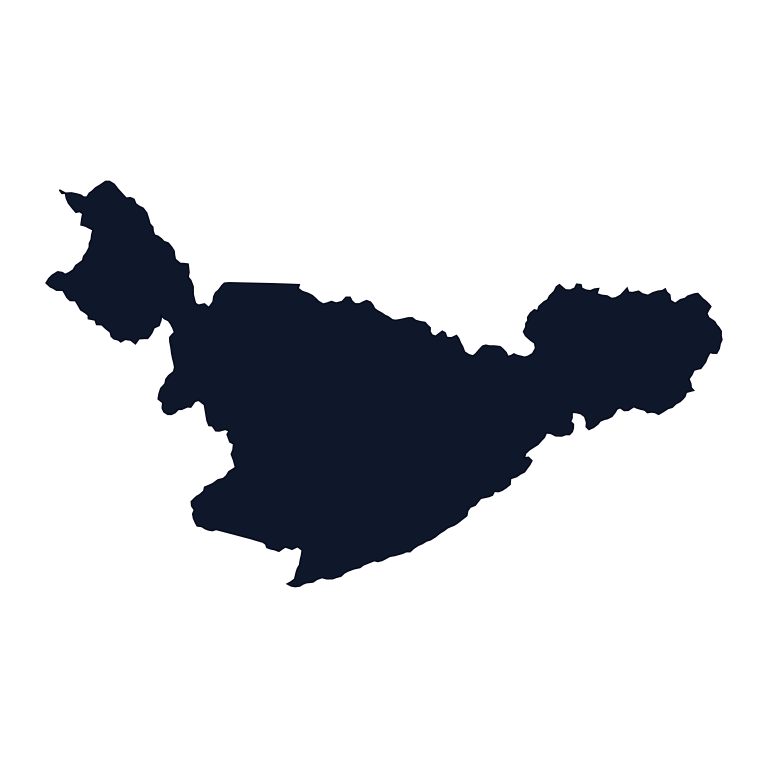 the district of Apiaí, São Paulo, Brazil
{"feature_id": "56859067B63180596630366", "entity_name": "Apiaí", "entity_type": "district", "adm_level": 2, "iso_a3": "BRA", "parent_name": "Brazil", "parent_adm1": "São Paulo", "projection": "mercator", "projection_center": [-48.824, -24.415], "detail": "fine", "context": "isolated", "style": "filled", "palette": "ink", "viewbox_px": 768, "rotation_deg": 0, "n_neighbors": 0, "source": "geoboundaries", "source_scale": "gbopen_adm2", "svg_char_len": 5919}
<svg xmlns="http://www.w3.org/2000/svg" viewBox="0 0 768 768"><path d="M65.5,193.2L66.3,198.2L68.5,203.2L72.2,207.9L75.9,212.3L79.5,211.5L82.8,213.6L81.8,218.8L81.0,224.9L85.4,226.0L89.6,228.2L93.0,229.8L91.8,234.5L91.2,239.5L89.4,243.4L89.3,247.3L86.6,252.6L83.7,256.3L82.6,260.6L79.5,262.9L75.8,265.5L73.1,270.0L69.0,272.7L65.1,274.5L62.4,272.6L57.7,271.8L52.1,275.3L48.8,278.6L46.1,283.0L50.4,286.9L53.3,288.2L56.5,290.2L62.8,290.2L64.6,293.2L67.0,297.5L70.1,300.5L75.4,300.6L78.1,305.2L80.7,309.8L85.7,313.0L88.3,315.3L88.4,318.7L95.1,320.0L96.6,324.5L101.7,324.7L105.6,328.4L110.3,332.1L111.2,336.3L113.9,338.8L118.3,339.9L120.8,341.9L125.2,339.3L130.7,340.1L135.4,343.8L139.0,338.7L144.2,338.4L147.6,338.4L150.0,335.5L152.0,332.5L154.0,327.8L159.0,325.6L161.0,320.0L161.3,315.8L164.3,318.6L168.4,320.6L170.6,323.6L173.0,328.2L174.5,332.3L171.9,334.9L169.7,337.5L169.9,341.7L171.0,347.7L171.8,353.8L172.6,357.8L173.7,362.2L174.7,367.3L173.6,371.7L168.7,375.6L166.0,379.1L165.0,383.8L160.8,388.4L159.1,393.6L158.2,399.0L162.8,402.7L162.2,408.1L163.9,411.9L167.7,414.3L171.4,414.4L175.1,412.6L178.3,409.3L181.7,409.3L187.4,406.8L190.8,407.1L194.7,401.5L198.6,400.2L204.4,404.7L205.3,410.3L207.0,420.5L208.9,425.5L212.3,425.8L215.7,430.8L219.2,431.0L225.4,429.3L229.1,431.0L227.1,434.4L229.9,442.0L233.6,443.8L233.0,449.8L231.3,454.2L233.6,460.3L235.5,467.5L228.9,471.6L226.3,475.9L223.2,478.6L218.1,479.8L212.6,483.8L208.8,485.5L204.6,487.2L203.8,491.1L199.6,494.8L196.7,496.4L194.2,498.7L191.3,501.6L191.7,506.0L194.4,510.0L192.7,513.9L193.5,518.3L195.4,522.6L197.2,525.9L201.7,526.5L205.2,528.7L208.3,529.9L212.3,530.6L216.1,529.4L250.7,538.5L254.2,539.6L262.9,542.1L265.7,544.1L266.9,547.5L270.6,548.8L274.8,549.7L278.9,551.3L282.2,548.9L285.4,546.9L292.0,549.3L297.5,546.6L302.2,550.1L301.5,555.2L300.3,560.2L299.6,564.9L297.5,568.5L296.4,571.8L295.6,575.1L294.6,579.2L290.8,582.0L287.3,583.9L291.2,585.9L295.2,586.6L299.8,586.0L303.0,584.0L306.3,582.7L313.0,582.0L316.8,579.4L322.0,577.5L326.8,578.8L332.7,578.7L336.2,577.4L341.0,576.1L344.3,573.0L347.5,571.2L353.9,568.8L360.0,567.5L363.4,564.9L369.5,562.5L374.2,560.6L377.8,561.5L382.1,560.4L386.3,558.2L389.8,556.3L394.6,555.5L402.2,553.4L406.4,551.6L410.0,551.7L413.8,548.2L418.4,545.2L422.3,543.6L426.4,541.0L430.4,539.8L435.4,536.7L439.5,533.3L443.9,530.6L447.6,527.8L451.1,526.3L454.0,525.2L457.2,523.2L461.9,519.5L466.8,515.7L467.7,510.7L470.1,507.2L475.2,505.2L478.1,501.5L480.7,498.3L488.8,496.6L492.4,495.2L494.3,491.3L498.7,491.6L502.2,490.2L506.1,487.6L510.1,484.4L510.5,478.6L516.6,476.6L520.3,474.0L524.5,471.9L526.9,468.5L529.7,464.8L531.9,460.7L528.4,457.3L524.4,457.9L525.6,453.4L529.4,449.8L534.4,446.6L537.9,444.4L540.9,441.0L544.4,437.3L546.3,432.9L550.8,433.3L555.6,435.8L561.8,436.0L565.9,434.5L569.5,434.6L572.3,431.6L573.3,428.2L573.4,424.2L570.5,421.6L572.1,417.9L572.1,412.3L576.1,412.5L580.7,413.6L584.7,416.5L586.6,422.5L586.2,426.8L588.9,429.5L593.5,427.4L597.9,424.0L600.2,421.0L604.4,419.3L607.5,418.6L611.9,416.4L615.1,412.3L617.0,409.0L620.2,407.7L624.2,410.5L628.3,410.3L633.8,406.6L636.9,408.0L640.9,409.2L644.7,410.0L647.4,412.6L651.4,412.0L654.6,412.3L658.6,414.3L663.2,411.6L668.1,408.4L672.2,407.3L675.8,403.8L680.1,401.5L682.7,399.1L685.0,396.4L686.3,392.3L690.0,391.3L693.6,390.4L691.2,387.7L690.8,383.8L688.9,378.9L691.9,374.7L694.0,370.1L697.8,369.0L700.8,368.4L705.6,361.9L707.2,357.6L710.0,352.4L713.0,353.2L716.7,353.2L719.2,348.7L720.2,343.6L721.9,339.7L721.1,335.8L721.2,331.2L718.7,327.3L716.5,324.9L714.7,321.7L711.8,319.7L708.8,317.8L706.9,313.6L708.4,310.4L710.8,306.5L708.8,304.1L705.6,301.0L702.5,298.6L700.3,296.1L697.8,293.5L694.4,294.0L690.9,295.1L687.7,296.2L685.2,298.4L680.4,299.7L675.2,303.4L670.4,300.4L669.8,294.9L666.7,292.1L665.2,288.9L662.4,290.7L658.1,291.2L653.0,292.7L648.0,295.4L642.3,293.9L638.6,291.2L632.6,292.6L628.6,292.3L627.1,288.1L623.6,292.0L620.5,295.3L615.5,298.0L611.4,298.5L607.3,296.0L601.6,295.3L596.8,293.8L598.6,288.6L594.4,289.1L590.4,290.8L586.1,290.2L581.8,288.3L581.0,284.7L576.6,284.2L574.8,288.1L570.2,290.2L565.5,289.9L559.4,284.7L556.4,286.8L554.2,291.4L549.5,296.0L547.6,299.9L544.1,301.8L539.0,306.4L537.7,310.8L534.3,309.8L530.3,313.2L527.7,317.3L527.9,320.7L525.9,323.4L525.8,327.1L523.5,331.7L525.5,335.6L527.9,337.8L530.6,340.2L534.6,343.0L535.6,348.2L532.6,353.6L528.1,356.3L524.6,357.3L521.3,356.4L517.3,355.5L513.9,353.9L511.2,355.6L507.9,356.5L506.1,352.5L502.8,349.0L500.1,346.7L494.3,346.0L489.3,346.0L485.9,345.2L482.6,346.1L479.1,349.9L475.8,353.8L473.0,356.0L468.7,354.7L464.5,351.9L462.6,346.7L460.6,343.2L458.6,338.4L456.5,335.5L451.6,337.8L446.9,337.6L445.1,332.8L442.3,331.2L439.0,333.7L435.6,336.3L432.0,335.0L430.0,331.6L430.2,327.8L427.4,325.2L425.1,322.5L420.8,321.8L415.7,320.5L412.2,317.8L408.0,317.9L403.9,318.9L399.0,319.9L395.6,320.4L392.4,319.9L388.0,316.7L385.0,315.4L381.8,313.2L377.1,310.6L374.4,308.5L373.0,305.4L370.5,302.1L366.6,300.6L363.6,301.8L359.5,303.9L355.1,303.9L352.1,301.2L350.1,297.3L346.0,297.3L342.2,301.5L336.2,303.1L331.5,301.5L327.4,303.0L323.2,304.1L318.6,301.5L315.3,298.2L312.3,295.6L308.0,293.4L302.3,291.5L298.1,288.4L299.3,284.7L273.7,283.8L229.1,282.8L224.4,283.2L222.0,285.5L218.6,290.2L215.5,292.8L213.8,296.6L213.1,301.7L211.0,304.7L208.7,307.6L204.5,303.9L198.4,305.2L195.5,303.4L194.2,298.7L193.2,294.3L193.1,286.5L190.8,280.4L188.1,277.1L189.0,272.3L188.1,264.1L183.9,263.6L180.3,263.5L175.3,259.3L174.5,255.2L174.1,251.0L171.9,247.5L168.2,243.0L163.8,241.5L161.6,239.0L157.9,236.2L154.5,235.1L153.2,231.5L152.8,227.1L149.9,223.9L148.8,219.7L146.7,212.9L143.1,208.2L138.6,206.0L135.7,203.7L134.0,199.3L130.4,197.7L126.2,198.2L121.8,193.4L117.8,189.0L114.2,184.3L109.5,181.4L105.6,181.4L99.9,185.3L95.8,187.7L92.1,191.2L89.3,193.2L87.0,197.1L83.7,197.2L80.8,195.1L76.8,194.0L71.5,192.9L65.5,193.2ZM65.5,193.2L59.4,189.9L61.9,193.4L65.5,193.2Z" fill="#0f172a" stroke="#020617" stroke-width="1.5"/></svg>